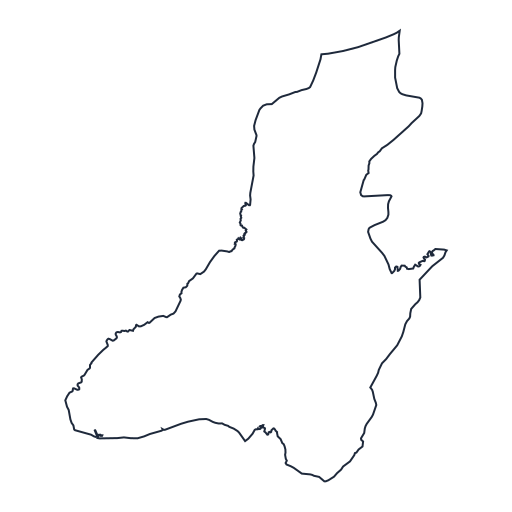 the district of Stoung, Kâmpóng Thum, Cambodia
{"feature_id": "14789045B61102121423301", "entity_name": "Stoung", "entity_type": "district", "adm_level": 2, "iso_a3": "KHM", "parent_name": "Cambodia", "parent_adm1": "Kâmpóng Thum", "projection": "orthographic", "projection_center": [104.491, 12.979], "detail": "fine", "context": "isolated", "style": "outline", "palette": "slate", "viewbox_px": 512, "rotation_deg": 0, "n_neighbors": 0, "source": "geoboundaries", "source_scale": "gbopen_adm2", "svg_char_len": 6040}
<svg xmlns="http://www.w3.org/2000/svg" viewBox="0 0 512 512"><path d="M446.7,250.4L444.1,249.6L435.4,249.0L433.5,250.6L432.7,250.9L432.2,251.8L432.0,252.9L432.5,253.9L433.4,254.6L433.5,255.3L432.2,255.6L431.4,255.6L431.1,255.0L430.7,253.3L430.9,252.3L429.6,251.2L429.1,251.4L427.4,254.2L428.6,256.0L428.4,256.5L426.6,257.4L424.9,256.6L423.8,256.9L423.5,257.4L424.1,258.8L425.0,259.4L424.8,260.8L424.3,261.2L422.6,260.9L419.4,262.3L418.8,262.9L418.9,263.8L420.5,264.8L419.8,265.9L419.0,266.4L418.1,266.5L415.2,264.7L413.9,266.7L413.2,268.5L408.7,269.1L407.0,268.7L406.7,267.4L405.4,266.7L404.7,265.7L401.6,265.6L400.7,266.9L400.1,268.9L398.5,270.7L397.8,270.8L397.4,266.8L396.2,266.5L395.0,267.6L395.0,269.3L394.3,270.9L392.1,273.1L391.6,273.1L389.7,269.1L388.5,264.5L384.4,255.9L382.1,252.9L372.0,241.7L370.4,238.5L368.1,231.9L368.6,229.3L369.0,228.4L370.0,227.5L374.6,225.1L383.1,221.7L385.5,220.2L387.3,218.0L388.4,214.7L388.4,212.1L388.0,207.9L388.1,204.2L388.9,201.3L391.5,196.4L391.2,195.8L390.1,195.2L387.8,195.1L364.3,196.4L362.8,196.3L361.1,195.1L360.3,192.3L363.7,180.1L364.2,179.6L366.3,174.8L368.6,173.0L368.2,170.6L368.5,169.4L368.6,165.6L369.4,163.1L369.3,161.4L371.1,158.9L374.4,155.8L376.9,154.0L378.2,152.3L379.7,151.3L381.9,148.3L387.4,144.8L393.5,139.9L408.7,126.3L411.6,123.1L419.3,116.0L421.1,113.4L421.6,111.1L422.3,106.6L422.5,103.2L421.9,99.8L420.8,98.5L419.4,97.7L406.2,95.4L402.3,94.2L400.6,93.3L399.2,92.0L397.2,88.2L395.1,77.6L395.1,70.1L395.3,67.1L396.8,60.5L398.2,56.3L399.4,53.8L398.7,39.9L398.8,37.3L399.7,30.7L396.8,32.7L393.8,34.2L385.8,37.5L357.9,47.2L343.0,51.0L328.1,53.7L321.4,54.3L320.5,59.3L316.2,72.6L313.2,80.5L310.1,87.1L308.7,88.1L306.4,89.0L301.6,90.1L297.0,91.9L295.3,92.0L289.1,94.4L282.0,96.5L279.3,97.8L271.8,104.1L266.7,104.3L263.1,105.7L260.5,108.4L259.4,109.9L255.6,120.1L254.1,125.9L254.4,129.6L256.5,135.2L256.5,136.1L255.2,142.0L254.0,143.9L253.4,145.7L254.4,158.0L253.4,166.6L253.3,171.5L253.6,175.5L250.3,192.9L250.1,195.5L250.6,199.4L250.1,204.8L249.9,205.2L249.0,205.2L245.9,202.8L245.4,202.8L245.3,203.4L245.8,205.4L245.4,205.7L243.7,206.0L241.5,208.1L241.4,209.1L241.8,209.5L241.4,209.8L241.2,211.6L240.7,211.9L240.2,213.5L240.6,215.2L241.1,215.5L240.8,216.5L241.3,217.8L240.5,218.9L240.8,220.3L239.8,222.6L240.5,223.6L240.5,225.1L240.9,225.5L242.0,225.6L242.4,226.7L243.3,227.8L244.2,227.7L246.4,229.5L245.7,230.6L246.5,231.9L245.8,232.5L245.3,233.5L244.7,233.3L244.2,234.1L244.5,235.1L243.6,235.6L243.9,236.6L243.4,237.4L244.2,238.1L243.9,239.3L242.3,240.2L241.7,240.1L241.4,238.5L240.4,237.6L239.9,238.4L239.9,239.5L239.5,239.5L238.4,238.4L238.2,238.9L236.8,239.7L237.0,241.0L236.7,241.6L235.2,242.2L234.9,242.7L235.1,243.1L234.8,243.9L235.6,244.1L235.7,244.6L235.4,245.9L234.4,247.8L234.4,248.4L232.6,249.6L231.5,251.2L230.3,251.3L229.7,251.9L229.1,252.0L227.2,251.4L221.7,250.6L219.1,250.7L214.4,256.0L210.0,262.1L205.8,269.3L204.0,271.6L200.3,274.1L197.1,273.4L196.4,273.7L192.9,278.4L189.1,281.1L188.1,283.3L187.4,283.7L187.3,285.6L186.7,286.4L185.7,287.3L183.4,287.7L182.0,290.0L181.4,292.0L181.5,293.3L179.9,294.5L179.3,296.5L180.2,297.8L180.8,299.5L180.6,300.7L175.5,311.4L173.5,313.6L170.8,314.6L167.0,317.2L166.1,317.1L163.3,315.9L158.5,316.6L156.0,317.5L154.6,318.0L149.5,322.8L148.8,322.9L147.6,322.2L144.2,324.8L140.9,326.3L139.0,326.4L136.5,324.8L136.0,325.2L135.9,326.7L133.4,329.4L133.0,330.8L129.5,330.0L127.9,331.6L127.2,331.5L125.9,330.6L124.6,331.0L122.4,330.7L121.5,330.8L121.0,332.0L120.0,332.4L117.9,332.0L116.9,332.2L116.3,332.5L115.7,333.5L115.7,334.6L116.7,336.3L116.9,337.3L116.5,338.3L113.7,340.5L112.6,340.7L109.8,339.1L108.4,338.7L107.7,339.2L106.7,340.5L106.4,341.5L107.8,345.1L107.7,346.2L103.0,350.1L98.2,354.8L91.8,362.1L91.4,362.6L91.5,363.1L90.0,365.0L90.0,367.8L89.5,368.5L87.5,369.9L84.5,374.9L83.8,375.6L81.9,376.5L81.1,377.3L81.8,379.4L81.7,381.7L81.1,382.4L78.3,383.4L77.6,384.3L77.6,385.6L79.2,387.5L79.3,389.1L78.8,389.6L77.3,389.8L74.0,388.3L73.2,388.3L72.9,388.9L72.7,390.8L72.3,391.4L69.5,392.7L67.2,396.2L65.3,400.3L67.0,406.7L68.7,410.0L70.4,419.4L71.6,422.9L73.4,425.4L74.2,429.5L75.0,430.2L91.1,434.7L94.0,436.4L95.6,436.9L97.6,435.9L96.4,434.5L94.5,429.7L95.4,430.5L96.9,434.1L97.7,434.9L100.3,434.7L100.8,435.2L102.3,435.3L102.1,435.8L100.8,435.9L99.9,435.1L98.5,435.9L97.5,437.4L97.4,438.0L99.5,438.4L117.4,438.1L123.9,437.4L130.8,438.2L137.5,438.3L144.1,436.4L149.9,434.0L161.6,430.7L162.8,429.8L162.5,429.1L163.9,429.9L165.2,429.7L181.0,423.8L188.0,421.7L199.1,419.3L206.2,419.0L208.9,419.8L212.8,421.9L215.3,422.8L218.7,423.5L222.1,423.4L224.6,424.8L228.2,425.9L229.2,426.8L233.7,428.6L237.6,431.1L239.1,432.6L245.1,441.1L248.3,438.7L252.6,433.7L254.7,429.9L255.7,429.3L257.2,429.3L257.9,428.3L258.2,429.1L260.0,429.0L260.6,428.5L260.6,427.7L262.0,427.5L261.8,426.7L260.7,426.9L260.2,426.8L259.9,426.3L260.3,426.0L261.6,426.0L262.7,425.1L263.3,425.1L262.9,426.1L263.0,426.9L263.8,427.7L264.8,428.1L265.0,428.7L264.3,431.5L265.5,432.4L267.3,434.7L267.8,434.7L268.3,434.2L268.7,432.3L269.4,431.9L270.6,432.4L271.2,431.9L271.4,430.3L273.4,428.4L273.9,428.4L275.0,429.5L275.5,430.6L277.1,432.1L277.0,432.8L277.7,436.3L280.6,439.1L282.3,443.1L283.7,444.2L284.6,446.4L285.4,449.5L285.5,452.6L285.1,454.8L285.8,458.8L286.8,460.7L285.6,463.0L286.5,464.5L290.7,466.2L293.7,467.8L301.8,473.6L310.3,474.4L312.2,474.9L314.0,475.8L319.1,476.9L324.3,481.3L325.8,481.3L328.3,480.3L334.0,476.7L337.1,473.1L341.1,469.6L343.1,466.5L350.0,461.4L354.3,455.1L354.9,453.1L356.4,452.6L358.6,449.5L362.5,446.5L363.1,441.5L361.2,439.8L361.0,438.3L364.2,433.0L364.8,428.5L365.5,426.2L366.7,423.9L371.7,417.0L373.0,414.6L376.3,405.0L375.8,402.7L374.3,398.9L372.8,391.8L372.1,389.8L370.3,387.5L376.7,375.8L378.1,372.8L378.8,369.9L382.0,363.3L386.2,359.0L389.8,354.2L397.2,345.3L401.8,336.4L403.3,332.0L405.3,324.3L407.0,321.1L409.3,318.5L410.1,316.7L410.3,313.2L411.2,308.9L415.4,304.1L417.5,302.3L419.2,300.1L420.3,297.5L419.6,279.7L432.3,266.2L443.0,257.8L444.4,255.5L445.5,252.2L446.7,250.4Z" fill="none" stroke="#1e293b" stroke-width="2"/></svg>